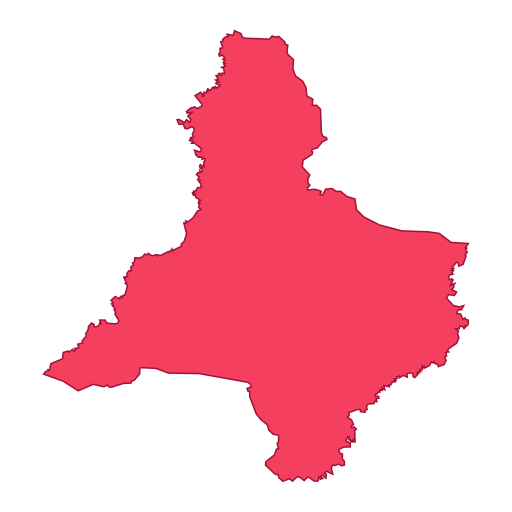 the district of Phen, Udon Thani, Thailand
{"feature_id": "78962969B52951901004479", "entity_name": "Phen", "entity_type": "district", "adm_level": 2, "iso_a3": "THA", "parent_name": "Thailand", "parent_adm1": "Udon Thani", "projection": "albers", "projection_center": [102.939, 17.684], "detail": "fine", "context": "isolated", "style": "filled", "palette": "rose", "viewbox_px": 512, "rotation_deg": 0, "n_neighbors": 0, "source": "geoboundaries", "source_scale": "gbopen_adm2", "svg_char_len": 6027}
<svg xmlns="http://www.w3.org/2000/svg" viewBox="0 0 512 512"><path d="M468.3,243.5L451.1,242.4L439.2,233.4L428.3,231.8L401.8,230.9L379.6,225.0L364.0,217.1L356.5,209.7L355.0,199.0L346.5,196.3L340.7,191.4L336.1,191.3L332.0,188.5L325.8,189.1L322.7,194.6L320.8,194.9L319.9,194.4L321.3,191.8L320.2,190.8L314.4,189.2L307.8,190.1L307.4,188.3L309.9,185.2L307.9,182.9L307.9,179.0L309.8,175.0L302.3,167.0L303.0,160.3L312.1,154.3L312.7,152.1L311.5,150.6L312.4,149.3L317.4,147.9L322.1,142.0L327.0,139.4L326.4,137.7L322.9,136.4L321.4,132.7L320.5,109.2L316.6,105.3L312.2,105.4L312.8,99.2L306.8,95.9L306.0,87.6L302.8,81.3L295.4,75.8L292.9,68.7L293.5,59.6L288.1,54.7L287.0,52.2L287.8,45.1L285.3,44.3L284.8,41.9L278.6,36.3L276.3,37.2L272.0,36.0L269.4,39.1L244.9,38.2L242.5,37.2L240.9,33.5L234.5,30.7L233.2,35.3L227.1,34.2L228.0,36.8L226.0,36.7L222.7,39.3L223.1,41.0L220.7,41.7L222.5,46.7L221.9,48.3L219.9,48.4L220.2,52.1L218.7,54.1L219.5,56.3L221.8,55.0L224.8,57.5L222.8,59.4L224.9,60.1L223.3,62.6L225.2,63.5L223.8,64.2L225.4,66.1L221.6,67.4L223.7,68.5L224.5,73.8L222.3,73.1L220.9,76.3L221.6,74.3L219.9,73.3L218.5,73.6L218.7,75.4L216.1,75.6L218.3,79.6L215.7,80.0L218.8,81.9L216.2,82.3L215.9,83.8L220.2,85.2L216.7,88.2L215.7,86.6L214.2,86.8L214.5,88.3L212.4,87.5L210.6,90.4L208.0,89.0L207.9,92.3L207.1,90.3L206.2,92.9L204.1,92.0L203.9,96.1L202.2,96.0L202.8,94.1L200.5,92.3L195.0,95.7L201.9,104.2L202.1,105.9L197.3,108.5L194.7,106.9L190.5,108.1L186.6,111.4L187.1,113.2L191.9,112.5L187.8,116.1L190.8,119.6L189.9,122.4L186.5,119.6L184.6,122.6L178.7,119.3L177.0,119.8L178.9,124.3L183.3,124.1L184.9,128.3L187.2,128.9L191.8,126.7L193.7,128.1L194.3,129.7L192.4,134.4L193.6,136.9L190.7,137.6L192.0,138.9L190.3,138.9L189.5,140.5L193.1,141.5L191.6,143.3L194.5,143.2L201.6,148.9L200.0,151.9L194.6,150.2L196.0,155.2L198.4,157.2L202.4,157.4L202.0,159.3L204.3,158.4L205.2,159.4L203.6,162.8L204.0,166.9L200.3,164.6L199.5,166.1L200.4,168.6L202.0,167.5L202.3,170.8L201.2,171.9L199.9,170.7L200.1,172.6L198.1,172.5L196.4,174.5L199.1,176.9L197.6,179.9L200.1,180.3L198.9,181.8L200.8,183.5L201.1,187.4L197.5,187.6L195.5,191.5L193.7,191.1L194.2,192.8L192.5,192.6L193.4,195.3L195.3,194.5L195.5,197.2L200.6,200.3L198.9,200.9L199.8,203.1L197.8,202.5L199.2,203.7L198.7,207.5L201.0,209.7L197.4,211.1L193.0,217.9L188.0,221.8L185.7,220.9L186.3,223.1L183.8,222.9L186.6,233.8L184.1,241.4L181.2,244.2L181.6,246.2L173.3,250.2L172.1,249.1L172.4,250.8L170.7,250.3L168.9,252.4L168.2,251.6L160.5,255.5L157.3,254.7L157.0,255.7L155.5,254.8L152.0,255.9L148.2,253.3L147.3,254.7L144.6,254.1L142.7,256.7L139.4,258.0L134.9,257.7L134.2,262.3L132.5,263.1L133.6,264.6L130.9,266.9L131.1,270.9L128.8,270.8L126.8,273.6L127.6,276.3L123.7,277.2L124.6,278.8L125.5,277.8L124.7,279.5L126.5,283.1L125.4,283.4L127.5,285.3L125.1,294.8L122.9,295.4L122.7,296.8L121.4,296.4L121.7,297.5L120.2,297.0L119.5,298.8L115.2,296.5L111.0,300.4L113.2,303.0L111.7,303.8L113.0,304.3L112.2,305.4L115.4,309.0L114.1,309.7L115.6,312.4L114.9,314.4L119.0,320.6L118.4,322.0L116.4,323.8L111.5,323.6L106.7,323.0L105.2,320.1L99.7,320.1L101.0,323.6L99.6,323.1L98.9,325.4L95.9,327.0L93.7,326.4L94.1,324.5L91.5,323.0L88.5,326.4L88.1,329.9L85.8,333.5L86.1,336.3L82.1,340.8L82.7,342.9L77.7,344.2L78.7,347.8L74.6,348.5L75.6,349.4L74.0,351.4L72.5,349.4L69.0,352.0L68.2,351.0L63.2,352.5L62.6,358.7L50.8,363.7L49.7,369.7L48.0,369.6L48.4,370.8L45.8,371.4L43.7,374.1L63.2,381.2L78.2,390.8L93.4,384.3L103.8,386.8L107.4,385.0L108.7,386.9L111.5,387.2L123.5,383.4L130.9,383.1L131.8,380.9L134.1,380.4L139.6,374.0L139.9,368.0L143.0,367.7L156.0,368.4L168.4,373.1L199.3,373.6L247.7,382.3L250.1,383.8L251.2,387.1L247.0,388.4L248.0,391.3L249.7,391.5L249.7,396.6L256.3,414.0L261.1,419.9L267.1,424.5L269.0,430.4L273.3,434.3L278.1,435.1L278.7,436.8L278.3,442.4L277.1,443.3L278.5,448.6L276.4,449.1L274.5,454.8L265.7,461.9L265.5,465.1L275.3,474.3L278.3,474.9L278.8,477.7L282.9,481.3L289.6,478.7L292.5,481.2L297.2,476.7L299.8,477.2L304.1,480.6L308.1,476.7L314.2,481.1L318.3,480.9L318.8,477.0L320.5,479.1L322.8,478.5L320.6,476.7L322.1,475.2L326.0,478.1L326.3,474.1L324.3,473.2L326.2,471.2L332.8,474.2L331.2,467.8L333.1,464.8L335.1,465.5L338.4,464.1L341.9,465.8L344.4,465.1L344.4,461.4L342.3,458.8L342.5,454.0L340.1,453.4L338.5,449.6L343.7,447.1L350.3,446.9L350.3,443.0L345.8,441.1L347.7,436.9L349.1,436.6L348.8,439.8L351.3,440.3L350.7,442.2L353.5,439.7L352.9,441.9L355.1,441.9L354.7,430.2L356.4,429.2L354.2,426.9L351.5,427.8L351.6,425.6L353.5,424.6L351.6,419.9L347.3,417.1L349.2,415.5L348.8,412.7L357.8,409.4L360.4,409.7L360.5,411.6L365.0,412.3L364.9,410.6L367.2,409.5L366.5,406.3L368.1,404.0L374.2,403.5L374.8,400.9L376.9,401.7L376.2,398.6L378.9,398.3L378.7,396.4L375.3,396.1L375.4,394.2L377.3,393.8L377.7,392.2L380.0,392.1L379.7,390.1L382.4,390.4L381.8,387.8L384.8,389.7L383.8,385.6L389.3,386.8L388.8,384.9L390.7,385.0L392.2,382.2L394.5,381.9L393.7,380.6L395.2,381.6L396.1,380.7L394.4,379.1L397.4,378.4L396.7,376.9L399.2,376.0L399.5,377.7L403.5,375.4L407.3,377.2L406.9,373.8L410.4,372.7L413.0,373.8L413.1,376.7L414.7,377.6L417.5,374.8L417.2,372.9L418.7,373.4L418.2,371.9L420.8,371.8L420.0,369.4L422.1,369.9L422.2,366.0L423.0,367.3L424.3,366.4L424.2,368.2L429.4,365.7L431.5,361.9L432.8,362.9L434.0,361.6L435.1,363.7L437.6,364.2L438.4,366.6L444.1,364.6L446.1,360.5L444.7,357.6L446.6,355.9L445.8,352.4L448.7,351.9L447.6,350.8L448.4,348.9L456.7,343.2L458.9,337.9L457.5,333.6L458.6,331.1L455.7,328.8L459.1,328.7L459.8,326.2L462.7,326.5L464.0,328.7L465.5,327.1L464.8,325.7L466.9,326.0L468.2,324.2L468.3,320.1L465.8,319.5L465.0,317.9L462.8,319.5L460.8,314.2L456.4,313.4L458.3,309.9L461.5,309.7L463.7,305.6L459.6,306.9L453.4,305.6L446.4,297.9L448.8,294.6L454.4,295.5L456.6,292.0L451.6,289.6L453.6,287.5L454.2,283.7L455.8,282.9L450.6,285.1L453.1,279.8L451.5,278.8L450.6,280.0L448.4,278.3L449.4,275.0L453.0,274.2L451.9,273.1L453.4,270.5L451.6,270.4L453.7,268.5L451.9,268.0L456.5,262.1L458.0,262.9L458.9,266.2L463.2,264.2L466.1,256.0L465.2,254.7L467.3,252.1L465.7,250.7L466.8,248.2L465.2,248.0L468.3,243.5Z" fill="#f43f5e" stroke="#9f1239" stroke-width="1.5"/></svg>